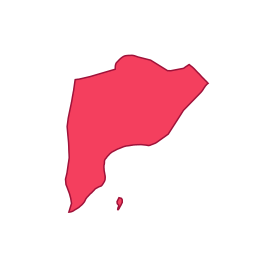 the district of Ar Ryashyyah, Al Bayda', Yemen, rotated 332°
{"feature_id": "15242507B53614769353350", "entity_name": "Ar Ryashyyah", "entity_type": "district", "adm_level": 2, "iso_a3": "YEM", "parent_name": "Yemen", "parent_adm1": "Al Bayda'", "projection": "orthographic", "projection_center": [44.764, 14.23], "detail": "fine", "context": "isolated", "style": "filled", "palette": "rose", "viewbox_px": 256, "rotation_deg": 332, "n_neighbors": 0, "source": "geoboundaries", "source_scale": "gbopen_adm2", "svg_char_len": 3095}
<svg xmlns="http://www.w3.org/2000/svg" viewBox="0 0 256 256"><g transform="rotate(332 128 128)"><path d="M36.3,174.5L37.2,174.9L38.1,175.2L39.1,175.4L40.0,175.5L40.9,175.5L41.8,175.4L42.7,175.3L43.7,175.3L44.7,175.2L45.6,175.2L46.6,175.1L47.6,175.0L48.6,174.7L49.6,174.5L50.5,174.3L51.4,174.1L52.2,173.8L53.1,173.5L53.9,173.1L55.1,172.6L55.8,172.0L56.7,171.4L57.4,170.8L58.3,170.4L59.6,169.8L60.5,169.6L61.6,169.1L62.6,168.9L63.4,168.5L64.3,168.3L65.4,168.1L66.3,167.8L67.1,167.5L67.9,167.3L68.8,167.0L69.8,166.6L70.7,166.3L71.6,166.3L72.6,166.3L73.5,166.3L74.4,166.2L75.5,166.4L76.4,166.5L77.3,166.6L78.4,166.2L79.2,165.8L80.1,165.3L81.1,164.7L82.1,164.1L82.8,163.5L83.5,162.8L84.0,162.0L84.5,161.2L84.9,160.5L85.1,160.0L85.5,159.0L85.8,157.9L86.2,156.8L86.5,155.8L86.8,154.9L87.1,154.0L87.6,153.0L87.9,152.3L88.3,151.3L88.8,150.5L89.3,149.6L90.0,148.9L90.5,148.2L91.0,147.4L91.4,146.7L91.5,146.4L91.9,145.9L92.5,145.3L93.4,144.7L94.3,144.4L95.1,144.1L95.9,143.6L96.7,143.3L97.6,143.0L98.6,142.7L99.4,142.3L100.3,142.1L101.3,141.9L102.5,141.7L103.1,141.7L103.9,141.7L105.1,141.7L106.0,141.7L106.9,141.7L107.8,141.7L108.9,141.7L110.1,141.9L111.1,142.0L112.0,142.1L114.1,142.3L115.7,142.5L117.8,143.0L118.2,143.1L118.6,143.3L119.7,143.7L120.4,144.0L121.3,144.3L121.8,144.5L122.3,144.6L123.6,145.1L124.3,145.3L125.1,145.6L125.7,145.9L126.4,146.2L126.9,146.4L127.0,146.4L127.6,146.8L128.3,147.1L128.7,147.2L129.1,147.5L131.0,148.4L132.4,149.2L134.3,150.5L135.8,151.5L137.1,152.5L137.4,152.8L138.3,153.3L139.4,153.6L140.8,153.7L141.3,153.8L142.2,153.9L142.8,154.0L143.4,154.0L144.4,154.2L145.3,154.2L145.6,154.2L146.3,154.2L160.6,152.3L177.9,142.6L185.3,138.4L209.3,130.7L210.1,130.3L211.0,130.0L211.7,129.6L212.5,129.2L213.4,128.6L214.5,128.1L215.2,127.7L216.1,127.2L217.0,126.9L217.8,126.6L218.8,126.3L219.7,126.2L219.1,123.8L218.8,122.8L218.6,122.4L218.2,120.8L217.8,119.5L217.2,117.6L216.7,115.6L216.2,113.6L215.6,111.8L215.1,110.0L214.7,108.5L214.3,107.0L213.8,105.5L213.2,103.9L212.5,102.4L211.9,100.9L211.8,100.7L211.1,100.7L209.5,100.9L208.0,101.0L206.5,101.2L205.1,101.4L192.6,97.5L189.8,95.9L179.8,78.7L170.2,70.0L170.0,69.8L168.9,68.6L167.7,67.3L166.4,66.2L165.1,65.4L163.7,64.8L162.4,64.1L161.0,63.5L159.6,63.0L159.3,62.9L157.7,62.7L156.2,62.8L154.3,63.1L152.4,63.6L151.0,64.1L149.4,64.6L147.9,65.2L146.8,66.2L145.9,67.3L145.1,68.7L144.3,70.1L118.6,64.8L107.0,61.7L106.8,61.5L104.1,60.5L103.9,60.7L98.5,68.1L98.4,68.3L97.9,69.0L96.1,71.2L96.0,71.3L95.5,72.0L93.5,74.5L90.7,78.2L89.8,79.2L89.8,79.3L89.1,80.1L83.6,86.7L79.8,91.3L77.4,94.7L74.9,98.2L74.1,100.1L71.4,106.5L70.1,109.6L69.7,110.6L68.5,113.4L66.9,116.8L65.5,119.6L64.3,122.1L64.1,122.5L64.0,122.8L62.1,126.7L59.7,130.0L58.7,131.3L55.7,135.4L53.0,139.1L50.7,141.7L48.8,143.8L46.7,148.8L46.5,150.9L45.5,158.5L44.4,163.2L43.1,167.0L42.8,168.0L36.3,174.5ZM81.2,195.4L82.2,195.0L84.2,193.6L85.4,192.9L85.9,192.5L88.0,191.0L89.2,188.7L89.2,187.1L88.2,186.1L87.3,185.3L83.7,187.9L83.0,189.8L83.5,191.7L83.5,191.8L82.7,193.0L81.6,193.8L80.6,195.2L80.8,195.5L81.2,195.4Z" fill="#f43f5e" stroke="#9f1239" stroke-width="1.5"/></g></svg>